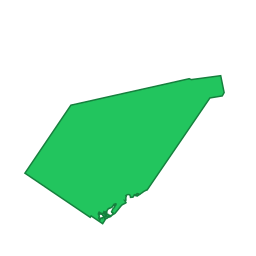 94, Al Wakrah, Qatar, rotated 34°
{"feature_id": "91078587B61395128667616", "entity_name": "94", "entity_type": "district", "adm_level": 2, "iso_a3": "QAT", "parent_name": "Qatar", "parent_adm1": "Al Wakrah", "projection": "albers", "projection_center": [51.484, 24.925], "detail": "fine", "context": "isolated", "style": "filled", "palette": "green", "viewbox_px": 256, "rotation_deg": 34, "n_neighbors": 0, "source": "geoboundaries", "source_scale": "gbopen_adm2", "svg_char_len": 3411}
<svg xmlns="http://www.w3.org/2000/svg" viewBox="0 0 256 256"><g transform="rotate(34 128 128)"><path d="M175.6,32.8L153.4,52.5L151.4,52.9L151.2,52.9L99.3,107.8L67.9,141.0L67.8,223.1L146.6,223.2L146.6,221.5L160.5,221.5L160.3,215.4L160.5,215.4L160.7,215.2L160.7,214.6L160.5,215.2L160.2,215.2L160.1,215.4L160.0,216.0L159.8,216.3L159.9,216.9L159.6,216.8L159.5,216.5L159.1,215.8L158.5,215.8L158.1,215.4L157.6,215.4L157.4,215.5L157.5,216.0L156.9,216.6L156.9,216.8L157.0,217.1L157.1,217.5L155.9,217.6L155.9,218.8L156.1,219.1L156.2,220.1L155.9,220.0L155.2,219.5L154.9,219.5L154.5,219.0L154.3,218.6L154.0,218.8L153.9,217.9L153.7,217.4L153.4,217.3L152.9,216.8L152.0,216.4L151.9,216.1L151.4,215.7L151.1,214.7L151.1,213.9L151.7,214.1L151.8,214.4L151.9,214.6L152.2,216.1L152.3,216.2L152.8,216.3L152.7,216.1L152.8,214.7L153.1,214.7L153.1,214.4L153.4,214.4L153.2,214.1L153.6,214.1L153.4,213.8L153.9,213.8L153.9,213.5L154.0,213.4L154.3,213.3L154.3,213.6L154.8,213.6L154.8,213.9L155.1,214.0L155.6,214.3L156.3,214.3L156.3,214.6L157.3,214.5L157.6,214.8L157.9,214.8L158.1,214.6L158.2,214.3L158.4,214.4L158.5,214.7L158.8,214.7L158.8,214.4L158.8,213.3L159.2,213.3L159.2,213.0L159.3,213.1L161.0,213.2L160.9,213.3L160.9,214.0L160.7,214.3L161.2,214.3L161.3,213.7L161.9,212.6L162.2,212.3L162.3,211.9L162.6,211.9L162.7,211.0L162.4,210.5L161.8,210.5L161.8,211.2L161.5,211.1L161.3,210.9L161.2,210.9L160.9,211.2L160.9,211.6L160.2,211.2L159.6,211.2L159.6,210.8L157.9,211.1L157.9,211.9L157.6,211.9L157.8,212.6L156.8,212.5L156.7,211.8L156.5,211.1L155.7,211.3L155.6,212.2L155.1,212.1L155.0,211.4L154.8,210.7L155.7,210.6L156.3,210.2L156.4,209.9L156.7,210.0L157.6,209.9L157.5,209.4L157.1,209.0L156.8,208.5L156.8,207.8L156.8,205.7L157.2,205.6L157.5,204.9L157.6,204.6L157.9,204.6L158.0,204.1L158.5,203.6L158.8,202.5L159.1,202.2L159.1,201.4L159.0,201.1L159.0,199.7L159.4,199.9L159.5,198.5L159.8,198.4L160.1,197.7L160.6,197.7L160.8,198.3L161.0,198.5L160.8,199.6L160.8,200.0L161.0,200.8L161.1,201.3L161.1,201.8L160.8,202.6L160.7,202.7L160.8,204.4L161.0,204.6L161.1,206.5L161.7,207.0L162.4,207.0L162.8,206.7L163.1,207.3L163.5,207.8L163.7,208.2L163.4,208.8L163.4,209.2L163.1,209.6L162.9,211.0L163.1,211.0L163.1,210.5L163.3,210.4L163.4,209.6L163.7,208.7L163.9,208.3L164.1,207.8L164.4,207.3L164.5,207.0L164.8,206.4L165.0,205.6L165.8,196.5L166.1,195.0L166.4,194.4L166.7,193.8L167.6,192.3L168.4,190.4L167.7,191.7L167.5,191.2L167.1,190.5L166.6,190.2L166.7,189.6L166.5,190.2L166.1,190.0L165.8,189.9L166.2,189.7L166.4,189.4L166.6,189.5L166.7,189.4L166.7,189.2L166.5,188.9L166.1,188.3L165.2,187.1L165.0,186.6L164.7,185.5L164.1,185.2L164.3,184.8L164.6,183.9L165.1,183.3L166.1,182.6L166.7,182.5L167.2,182.6L167.8,183.1L168.3,183.4L168.5,183.7L168.8,183.9L168.9,184.1L169.1,184.0L169.3,183.9L169.5,183.5L169.7,183.4L170.1,183.0L170.3,182.7L170.5,182.8L170.8,182.5L170.8,182.3L170.8,181.3L170.5,180.3L171.0,179.3L171.2,179.2L171.5,179.3L171.8,179.9L172.8,179.6L172.8,179.1L172.6,178.4L172.4,178.3L172.3,178.2L172.1,177.4L172.3,177.2L173.0,176.9L173.3,176.8L173.7,176.7L174.1,176.8L174.5,176.7L174.4,177.0L174.2,177.3L174.0,177.7L174.0,177.9L173.6,179.3L173.4,179.7L173.6,179.4L174.8,176.5L175.0,176.3L175.3,175.1L175.5,174.6L175.7,174.1L176.1,173.3L176.1,173.0L176.3,172.5L176.6,171.7L177.1,170.7L177.5,170.1L177.8,169.4L178.1,169.2L178.5,168.7L178.9,101.4L179.1,57.3L188.2,48.7L187.9,44.9L175.6,32.8Z" fill="#22c55e" stroke="#15803d" stroke-width="1.5"/></g></svg>